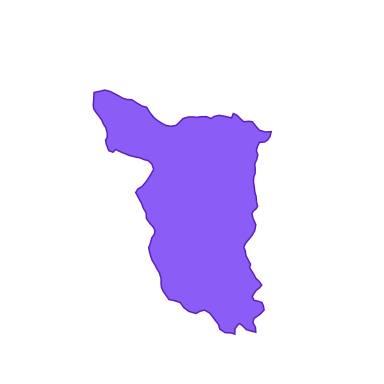 outline of Itapeva, Minas Gerais, Brazil, rotated 130°
{"feature_id": "56859067B98059266362656", "entity_name": "Itapeva", "entity_type": "district", "adm_level": 2, "iso_a3": "BRA", "parent_name": "Brazil", "parent_adm1": "Minas Gerais", "projection": "equal_earth", "projection_center": [-46.209, -22.707], "detail": "fine", "context": "isolated", "style": "filled", "palette": "violet", "viewbox_px": 384, "rotation_deg": 130, "n_neighbors": 0, "source": "geoboundaries", "source_scale": "gbopen_adm2", "svg_char_len": 2162}
<svg xmlns="http://www.w3.org/2000/svg" viewBox="0 0 384 384"><g transform="rotate(130 192 192)"><path d="M289.2,140.5L286.8,136.2L284.3,130.1L285.8,123.7L285.5,117.7L282.5,110.9L278.0,109.1L274.4,106.4L273.4,100.9L274.2,96.4L275.4,91.6L276.4,86.7L279.2,82.5L278.4,76.1L274.9,71.6L273.3,67.8L269.6,70.9L265.3,71.5L262.1,71.0L262.0,66.8L262.5,61.9L260.2,56.6L258.4,53.0L254.9,56.4L252.8,61.5L249.0,63.3L245.8,62.3L241.4,61.2L236.1,60.9L233.5,63.9L231.7,67.4L233.1,71.0L235.1,74.9L233.5,78.5L230.3,79.2L226.5,79.6L222.1,78.7L218.5,78.7L217.3,83.4L217.1,87.4L214.8,93.3L212.9,99.3L209.8,100.7L208.0,105.0L206.0,109.9L202.9,113.2L201.1,116.8L197.3,117.9L191.3,118.1L186.4,118.1L181.2,119.1L176.0,122.1L173.1,128.1L169.9,132.3L166.9,132.8L163.9,132.1L160.8,132.5L158.5,135.8L154.4,139.8L151.7,143.8L148.0,147.6L144.4,151.8L140.6,154.4L137.0,155.7L133.4,158.7L130.2,161.9L125.7,163.3L121.5,165.3L118.9,169.3L114.9,171.2L110.5,172.2L107.1,168.6L103.4,167.5L99.5,167.9L94.8,170.1L98.8,174.2L101.4,180.3L100.4,186.1L99.4,190.9L101.4,194.1L104.9,197.5L104.7,202.7L104.3,206.9L105.3,210.8L109.8,209.3L112.8,215.3L115.9,220.6L120.1,223.7L123.4,224.5L125.0,229.3L128.2,233.2L131.7,236.3L133.8,239.4L136.7,242.9L141.5,246.1L147.5,246.5L151.3,247.1L155.1,250.2L157.7,254.7L158.7,258.8L159.4,264.2L159.5,269.0L158.3,275.2L156.2,281.3L158.3,285.5L159.2,290.9L160.0,297.5L162.8,301.1L164.6,305.1L165.6,310.5L166.6,315.0L167.8,320.0L170.1,324.5L173.7,327.0L178.7,331.0L182.6,328.1L185.2,326.1L188.6,323.8L191.5,320.7L192.9,316.0L193.8,311.5L194.9,307.4L196.7,303.8L198.1,299.5L201.3,294.9L204.8,292.0L207.8,291.6L210.6,288.2L213.8,282.3L212.3,278.1L208.6,277.9L206.6,270.6L204.2,263.3L201.4,257.6L199.3,253.8L198.1,249.8L196.1,245.7L196.3,240.9L199.3,235.9L207.2,234.5L213.3,233.8L219.9,233.8L224.4,235.4L228.6,234.8L230.9,229.0L233.2,223.2L235.8,218.6L237.6,213.5L241.7,209.8L243.2,203.6L243.7,199.5L245.3,195.6L248.4,193.8L252.9,193.3L256.7,191.6L259.7,190.3L262.6,189.4L265.3,185.9L267.7,182.4L270.0,178.6L271.6,173.7L273.1,170.1L274.9,165.0L278.2,160.0L282.1,156.8L284.6,154.2L286.6,150.2L287.9,145.1L289.2,140.5Z" fill="#8b5cf6" stroke="#5b21b6" stroke-width="1.5"/></g></svg>